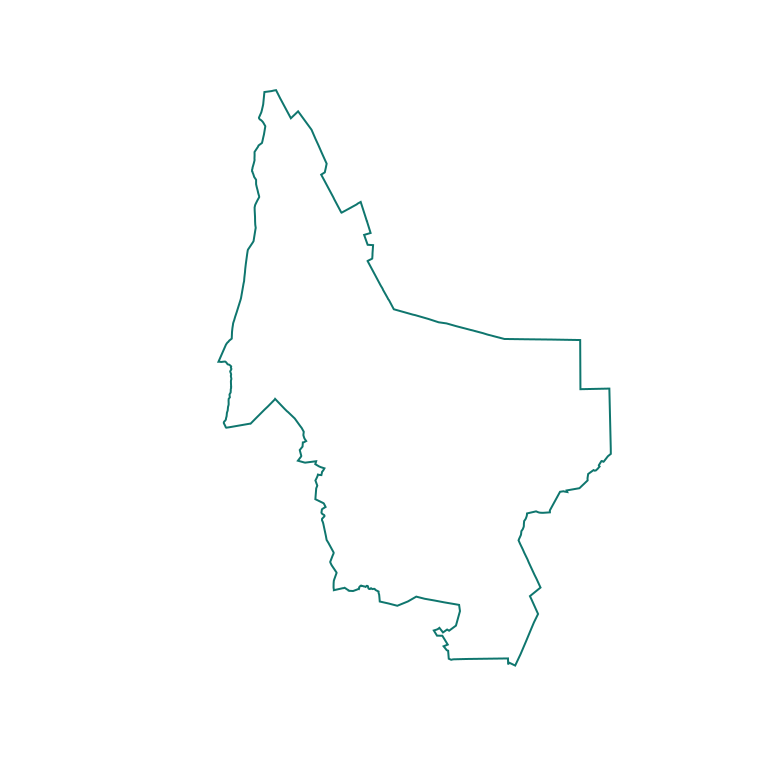 the district of Bērzkalnes pag., Balvu, Latvia, rotated 318°
{"feature_id": "27541924B58217597236828", "entity_name": "Bērzkalnes pag.", "entity_type": "district", "adm_level": 2, "iso_a3": "LVA", "parent_name": "Latvia", "parent_adm1": "Balvu", "projection": "mercator", "projection_center": [27.376, 57.121], "detail": "fine", "context": "isolated", "style": "outline", "palette": "teal", "viewbox_px": 768, "rotation_deg": 318, "n_neighbors": 0, "source": "geoboundaries", "source_scale": "gbopen_adm2", "svg_char_len": 6110}
<svg xmlns="http://www.w3.org/2000/svg" viewBox="0 0 768 768"><g transform="rotate(318 384 384)"><path d="M493.9,416.4L491.6,412.5L476.4,389.4L471.0,380.8L465.9,374.7L460.6,365.5L453.2,353.6L451.9,351.8L441.3,335.0L443.8,325.1L443.9,323.7L444.3,322.3L446.3,313.3L446.7,312.3L447.1,310.4L447.2,309.7L447.6,307.9L450.6,295.8L454.1,281.6L454.3,281.6L458.9,282.9L459.2,282.9L461.5,280.7L462.7,279.4L468.8,273.5L465.0,269.6L469.0,259.9L475.1,262.8L480.1,251.9L480.3,251.7L480.2,251.5L481.4,248.9L488.5,233.1L485.0,232.3L484.0,232.3L467.1,228.3L467.0,228.0L470.6,213.6L470.7,213.2L471.2,211.6L473.4,202.7L475.9,192.6L477.4,186.4L481.6,187.1L485.0,184.7L488.8,181.9L492.5,170.3L495.0,162.8L497.1,156.0L500.3,146.5L501.4,135.6L502.6,123.9L492.6,124.2L498.0,102.2L500.4,93.4L498.5,92.2L496.3,91.0L490.5,87.0L486.0,91.1L481.4,95.3L479.6,96.6L476.6,98.7L474.6,100.0L469.5,102.3L469.3,102.4L469.0,102.8L468.9,103.2L468.8,103.9L468.8,104.4L468.9,104.8L469.1,105.3L469.2,105.8L469.3,107.2L469.3,108.0L469.2,108.9L468.4,112.6L468.3,113.0L467.7,113.5L461.8,118.2L459.2,120.0L456.0,122.3L454.6,123.2L454.3,123.2L450.4,122.8L450.1,122.9L449.4,123.3L449.0,123.4L443.2,124.9L443.0,125.0L441.0,127.3L438.2,130.2L438.0,130.6L437.4,131.2L434.7,133.0L431.0,135.3L430.5,135.8L429.2,136.6L428.7,137.2L428.5,137.4L428.3,137.6L428.2,138.5L427.8,139.0L427.6,139.8L427.2,140.8L426.1,143.2L426.0,143.7L425.6,146.6L425.1,147.2L423.2,149.3L422.6,150.0L421.3,152.3L419.6,155.6L418.2,158.1L417.0,160.6L416.7,161.1L416.3,161.6L415.8,161.8L412.6,162.9L408.6,164.5L407.8,164.9L406.6,165.8L406.1,166.1L404.1,168.4L399.9,173.6L397.1,176.8L394.9,179.5L393.1,182.2L392.5,182.6L382.7,190.5L382.2,190.7L381.2,191.0L375.7,192.4L372.9,193.1L372.3,193.4L369.7,195.5L361.9,202.1L357.8,205.7L355.6,207.8L351.3,211.6L348.9,213.9L346.8,215.4L335.2,224.5L333.8,225.4L322.5,232.1L318.1,234.6L315.4,236.3L313.4,237.4L312.3,238.1L311.4,238.9L308.8,241.0L305.8,243.7L301.2,248.4L298.0,248.2L296.5,248.5L296.1,248.5L295.7,248.4L294.5,248.6L292.9,249.0L275.9,256.7L276.6,257.3L277.5,258.4L278.1,259.0L279.1,259.6L280.3,260.5L281.0,261.1L281.1,261.5L281.2,262.5L281.0,264.7L281.3,265.3L281.8,265.9L282.1,267.1L282.2,268.6L282.0,268.9L281.4,269.1L281.1,269.5L280.9,270.2L280.7,270.6L280.2,271.0L278.6,271.5L278.0,271.9L277.5,273.2L277.0,274.3L276.5,274.9L275.7,275.4L275.3,275.9L274.2,277.8L273.6,278.4L272.9,278.8L271.9,279.7L269.4,282.7L268.9,283.4L268.7,283.5L268.5,283.8L268.3,283.8L267.7,284.7L267.0,285.1L266.5,285.5L266.3,285.7L265.8,286.2L265.7,286.4L264.3,287.7L262.7,288.2L262.1,288.5L261.2,289.7L260.6,290.7L259.4,291.0L258.7,291.1L257.6,292.1L255.8,294.2L254.7,295.4L254.1,295.8L252.7,296.7L250.1,299.1L248.0,300.3L245.5,302.6L243.6,303.8L242.7,304.6L241.7,304.9L240.2,305.0L239.5,305.2L238.9,305.7L238.7,306.1L237.9,309.1L237.6,309.7L237.5,310.9L240.2,312.7L258.2,324.0L258.3,324.2L264.9,323.8L266.8,323.7L278.2,323.1L282.5,323.0L292.5,322.4L293.1,322.2L293.5,336.1L293.7,339.5L293.9,340.5L294.6,349.9L293.6,359.1L293.4,361.6L292.4,365.8L289.9,368.0L289.2,369.4L288.4,371.3L288.0,374.3L285.5,373.7L284.6,373.1L281.6,376.0L277.2,376.7L274.4,382.1L273.9,382.4L268.7,383.4L272.2,388.9L272.8,389.7L274.1,390.6L281.9,396.0L281.6,396.2L279.3,397.6L280.6,401.8L281.4,403.5L283.3,406.8L280.9,407.6L279.3,407.8L276.5,409.8L275.2,408.4L274.3,407.1L272.9,408.0L270.3,409.1L268.5,409.8L266.4,414.9L263.8,416.2L255.9,423.7L259.3,432.1L259.3,432.7L258.3,436.3L254.6,435.6L254.3,435.6L253.9,435.7L252.2,437.1L251.7,437.5L251.4,437.8L251.3,438.1L251.2,439.3L251.3,439.6L251.7,440.9L251.8,441.3L251.8,441.6L251.7,441.9L251.5,442.2L251.3,442.4L251.0,442.5L247.9,442.7L247.7,442.8L246.8,443.7L246.1,445.8L245.4,447.2L239.1,458.1L237.0,461.5L236.7,463.2L236.6,463.7L236.4,464.8L233.9,475.2L233.7,475.7L233.5,475.9L232.9,476.3L231.1,477.1L225.0,480.2L224.9,480.3L224.4,481.6L224.0,483.1L223.8,483.8L223.7,484.5L222.6,492.2L222.5,492.5L222.3,492.7L222.1,492.8L216.5,495.8L215.0,496.7L213.2,498.4L210.4,501.4L209.7,502.4L209.1,503.4L208.8,503.7L216.8,508.2L217.1,508.5L218.4,509.1L218.4,509.5L218.6,510.0L218.8,510.5L218.9,511.3L219.6,513.5L219.4,513.8L219.8,514.5L221.7,516.3L222.4,517.1L224.6,518.0L226.1,518.6L227.9,519.2L228.1,519.6L228.6,519.4L229.4,518.5L230.7,518.3L231.7,518.3L232.1,518.5L232.1,519.0L232.3,519.3L232.8,519.6L233.0,519.8L233.2,520.2L233.3,520.6L233.9,521.2L234.1,521.5L234.6,522.5L236.0,522.4L236.2,522.5L236.5,522.9L236.7,523.2L236.6,523.7L236.3,524.3L235.9,524.8L235.7,525.8L235.8,526.3L236.1,526.7L236.4,527.0L236.8,527.0L237.1,526.9L237.7,527.1L237.9,527.5L237.9,527.9L238.0,528.4L238.2,528.7L239.2,529.3L239.9,529.9L239.9,530.1L239.9,531.5L241.1,534.6L240.4,535.3L240.0,536.0L239.6,537.0L239.3,537.5L237.6,539.8L235.3,542.8L240.4,550.0L245.5,557.7L256.3,561.6L265.7,563.6L270.5,570.8L276.6,578.6L282.6,586.5L292.0,598.4L288.5,603.6L275.8,611.7L267.3,610.9L266.6,608.7L261.6,608.1L262.0,602.3L260.3,602.2L258.9,601.8L256.1,600.5L255.0,606.5L258.9,610.1L257.0,620.3L252.8,618.8L252.5,623.8L253.2,625.1L248.3,631.5L249.4,633.9L251.2,634.9L261.7,643.9L292.5,670.9L288.6,675.5L290.5,674.7L293.1,681.0L304.8,676.1L317.3,670.3L329.5,664.5L335.9,661.5L344.6,658.0L349.4,643.0L350.5,639.3L364.1,640.0L365.7,634.9L366.9,631.1L368.2,626.4L370.9,617.6L372.2,613.4L373.3,610.3L375.3,603.3L376.5,599.7L378.2,593.8L379.4,590.2L381.0,589.4L384.5,587.9L385.4,587.3L387.5,585.4L387.9,585.2L389.4,584.9L390.1,584.7L391.9,583.8L392.4,583.5L393.0,583.0L394.3,581.6L395.1,580.9L395.9,580.1L396.5,579.6L397.0,579.5L398.4,579.2L399.3,578.9L401.2,577.9L401.7,577.6L402.4,577.1L403.7,575.9L411.8,580.4L412.5,581.9L412.9,582.7L413.5,583.6L414.2,584.4L415.1,585.3L416.2,586.3L421.4,590.4L422.7,588.9L442.7,581.9L445.6,583.8L446.1,584.6L447.9,586.9L448.5,585.3L459.5,592.2L470.8,591.9L472.2,590.2L475.5,587.5L477.5,587.7L482.1,588.2L482.5,589.3L483.6,590.0L485.8,590.0L489.0,589.6L489.1,588.4L489.2,588.2L489.4,588.1L493.9,586.8L494.2,586.9L494.4,587.0L494.9,588.4L495.0,588.6L495.3,588.7L496.5,588.5L502.0,587.5L505.8,587.7L509.5,583.5L548.4,538.2L526.5,519.3L559.2,482.6L538.6,463.4L519.6,445.9L503.6,431.1L493.9,416.4Z" fill="none" stroke="#0f766e" stroke-width="2"/></g></svg>